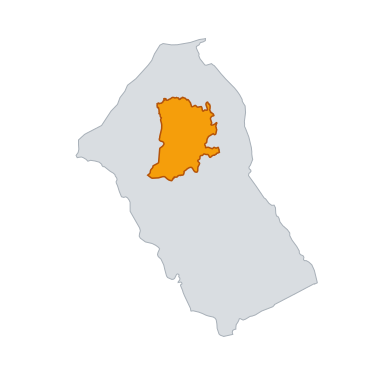 Ashanti highlighted on a map of Ghana, rotated 153°
{"feature_id": "GHA-2158", "entity_name": "Ashanti", "entity_type": "Region", "adm_level": 1, "iso_a3": "GHA", "parent_name": "Ghana", "parent_adm1": "", "projection": "natural_earth1", "projection_center": [-1.65, 6.739], "detail": "fine", "context": "in_parent", "style": "filled", "palette": "amber", "viewbox_px": 384, "rotation_deg": 153, "n_neighbors": 0, "source": "natural_earth", "source_scale": "10m", "svg_char_len": 8469}
<svg xmlns="http://www.w3.org/2000/svg" viewBox="0 0 384 384"><g transform="rotate(153 192 192)"><path d="M229.3,48.9L231.8,51.6L232.4,53.2L231.5,59.1L229.7,63.2L228.5,67.1L228.7,69.0L229.8,70.9L233.6,74.0L235.5,75.9L237.8,78.9L240.5,81.9L245.0,85.7L246.9,86.3L246.8,87.4L246.2,88.9L245.8,103.0L245.5,106.7L245.1,108.5L244.7,113.8L244.3,114.5L243.4,114.5L242.6,114.7L242.4,115.7L242.7,116.8L245.5,117.6L244.9,118.4L242.9,119.1L241.9,120.7L242.3,122.5L241.2,124.0L241.5,125.0L242.3,125.7L243.4,125.4L246.6,123.0L247.9,122.7L249.6,123.2L252.6,126.9L252.8,128.8L251.5,135.0L250.3,139.8L250.1,146.2L251.4,149.8L251.2,151.8L249.8,153.5L246.7,156.0L246.9,157.7L248.4,160.8L251.0,164.3L256.2,168.7L259.0,174.3L259.1,176.6L257.5,178.9L255.6,180.9L255.0,183.8L255.9,202.8L251.8,211.0L251.7,213.4L252.1,216.1L253.2,217.8L255.3,218.2L257.0,219.8L256.5,225.6L255.5,231.5L255.4,234.3L254.9,235.7L253.3,236.8L252.7,238.6L253.1,240.9L252.8,242.6L253.7,244.8L255.5,247.6L258.6,254.4L259.7,254.9L260.2,256.3L259.9,257.7L261.1,260.7L264.4,263.7L268.0,266.3L270.8,266.7L271.5,269.1L273.4,272.1L274.7,273.4L276.9,274.2L278.7,274.7L278.7,277.2L275.5,278.9L273.4,281.5L271.7,285.5L269.5,289.9L261.6,292.1L258.6,292.2L242.4,292.3L227.3,300.9L218.6,303.9L213.3,308.8L206.1,312.2L201.0,316.4L190.6,318.4L173.5,324.9L168.1,327.5L162.7,332.1L153.9,337.4L150.4,337.4L143.5,332.4L138.3,329.9L125.6,326.0L116.1,324.5L111.6,322.9L110.3,322.6L111.4,320.8L114.0,320.7L116.8,321.3L118.9,319.9L122.0,319.7L122.8,318.3L123.0,314.7L123.0,311.8L124.1,310.4L124.4,307.0L122.9,299.4L121.8,298.5L116.3,297.5L115.8,296.0L114.8,294.4L113.8,290.4L112.6,284.6L110.7,277.4L106.9,265.4L106.0,261.2L105.4,256.9L105.3,251.8L106.0,249.9L105.9,247.2L105.6,244.6L108.2,238.5L113.3,231.1L114.4,228.4L115.4,226.6L115.5,223.9L116.4,215.2L118.9,204.8L120.4,200.8L121.5,198.7L122.7,195.2L123.1,193.5L127.8,189.4L130.0,188.3L130.5,186.7L129.7,184.9L130.0,183.7L131.2,183.1L132.9,182.7L134.2,181.0L132.2,168.1L130.6,155.2L130.5,154.1L129.5,152.3L128.6,147.0L127.0,143.9L124.8,143.0L124.8,140.0L127.0,135.1L127.6,132.2L126.6,131.3L126.4,129.1L127.2,125.4L126.8,123.2L126.4,120.8L124.1,115.1L123.5,111.1L124.7,108.8L124.7,103.7L123.4,95.8L123.2,90.8L124.1,88.8L123.7,86.8L122.0,84.9L121.9,83.1L123.3,81.3L123.1,79.9L121.3,78.9L119.7,76.5L118.3,72.7L118.6,66.5L121.3,55.2L121.6,54.2L124.7,54.3L124.7,54.8L134.1,54.7L144.9,54.5L157.9,54.4L169.6,54.3L170.1,53.8L172.1,53.1L183.9,54.3L191.3,53.7L194.5,54.1L196.8,54.8L201.9,54.4L204.6,54.7L206.7,57.5L207.5,57.5L208.7,56.3L210.7,54.9L212.8,53.8L214.3,51.6L215.2,49.9L216.6,50.3L218.5,50.2L219.8,48.8L220.3,46.6L229.3,48.9Z" fill="#d9dde1" stroke="#a8b0b8" stroke-width="1"/><path d="M223.8,227.1L221.6,227.6L220.9,227.9L220.3,228.4L219.6,229.6L218.8,230.3L218.4,230.6L216.4,231.4L216.0,231.6L215.7,231.8L214.9,232.9L214.5,233.0L209.3,233.1L208.7,233.3L208.2,233.7L201.2,245.1L200.9,245.4L200.6,245.6L200.4,245.7L197.6,246.1L196.7,246.5L195.8,247.0L195.4,247.3L195.1,247.6L195.0,248.1L194.9,248.5L194.9,249.1L195.0,249.5L195.4,250.3L195.7,250.6L196.6,251.4L196.9,251.7L197.3,252.5L197.4,253.0L197.4,253.4L197.2,253.7L197.0,254.1L195.9,255.3L195.4,256.2L190.3,262.2L188.6,265.3L188.0,267.1L187.6,269.1L187.5,269.7L187.2,270.6L186.8,271.1L186.5,271.3L185.7,271.9L185.6,272.1L185.9,272.6L185.9,272.8L186.0,273.3L185.8,274.3L185.2,275.4L185.3,275.8L185.3,276.2L185.4,276.3L185.6,276.4L185.7,276.5L185.8,276.7L185.8,277.0L185.7,277.2L185.2,277.3L185.1,277.5L184.7,279.0L184.2,279.9L183.9,280.9L183.9,281.5L183.6,282.3L183.6,282.5L184.2,282.6L184.3,282.7L184.4,282.9L184.4,283.5L183.7,285.1L183.7,285.3L183.5,285.5L183.3,285.7L183.1,286.3L182.8,286.1L182.6,286.1L182.3,286.4L181.9,286.6L181.5,286.5L181.2,285.6L180.5,285.6L180.3,285.6L180.1,285.5L179.8,285.3L178.9,285.0L178.6,285.0L178.4,285.1L178.1,285.3L176.9,285.5L176.6,286.0L176.2,286.1L175.9,286.2L175.4,286.2L175.1,286.3L175.1,287.0L174.9,287.6L174.8,287.8L174.6,287.9L174.4,287.9L173.7,287.5L173.1,287.1L172.9,286.8L172.9,286.6L173.1,286.5L173.4,286.4L173.5,286.3L173.5,286.1L173.4,285.8L173.2,285.6L172.9,285.2L172.7,285.1L172.0,284.9L171.7,284.8L171.1,284.9L170.6,284.9L170.3,285.0L170.0,285.0L169.7,284.9L169.2,284.8L168.8,284.9L167.9,285.0L167.5,285.1L167.2,285.1L166.8,285.2L166.4,285.1L165.2,284.4L165.1,284.1L164.9,283.8L163.8,283.3L163.4,283.3L162.8,283.2L162.7,283.0L162.6,282.8L162.4,282.6L161.6,282.1L161.4,281.9L161.3,281.6L161.3,281.2L161.5,280.8L161.5,280.5L161.4,280.3L160.8,280.1L160.4,280.0L160.1,280.1L159.9,280.4L159.5,280.6L159.0,280.5L158.5,280.2L158.2,280.3L157.8,280.7L157.6,280.7L157.4,280.6L157.0,280.3L156.3,279.2L156.1,279.1L155.9,279.1L155.7,278.9L155.4,278.4L154.9,276.6L154.7,276.2L153.8,276.3L153.6,276.0L153.4,275.4L152.9,271.9L152.9,271.6L153.2,271.2L153.3,271.0L153.3,270.8L153.2,270.1L153.3,269.8L153.5,269.1L153.6,268.7L153.5,268.2L153.0,267.8L151.2,267.7L150.3,267.8L150.0,267.7L149.7,267.6L149.5,267.3L149.3,266.8L149.0,265.8L148.7,265.3L148.4,265.0L148.2,264.9L145.4,264.1L145.0,263.9L144.9,263.7L144.9,262.6L145.7,260.1L145.6,259.6L145.6,259.3L145.5,259.1L145.3,259.0L145.0,258.9L144.6,259.0L143.8,259.3L143.5,259.3L143.3,259.2L142.1,258.4L141.7,258.2L141.3,258.1L141.0,258.2L140.8,258.4L140.5,259.3L140.1,262.5L139.9,263.5L139.6,264.1L138.9,264.8L138.3,265.1L137.8,265.1L137.5,265.1L137.2,264.8L137.3,263.0L137.3,262.8L137.2,262.7L136.7,262.5L136.6,262.4L136.5,262.2L136.6,261.8L136.8,261.5L136.8,261.3L136.7,260.9L137.0,260.2L137.2,259.5L137.6,259.1L137.9,258.4L138.2,258.0L138.5,257.6L138.9,257.2L139.1,256.7L139.1,256.1L138.9,255.7L138.9,255.3L139.2,254.7L139.3,254.5L139.1,254.2L138.6,253.8L138.4,253.7L138.4,253.4L138.3,252.6L138.2,252.4L137.7,252.1L137.6,251.5L137.8,250.2L138.2,250.1L139.2,250.4L139.7,250.4L140.1,250.4L140.5,250.3L141.3,249.9L141.9,249.5L142.2,249.1L142.5,248.2L142.9,245.3L143.0,244.8L143.1,244.6L143.3,244.3L143.8,244.0L144.3,243.6L144.5,243.5L144.5,243.3L144.4,242.9L144.1,242.6L143.4,242.4L142.6,242.2L140.7,242.2L139.3,242.6L138.8,242.7L138.6,242.6L138.7,242.0L138.9,241.8L139.6,241.4L140.0,240.9L140.4,240.4L140.8,240.0L141.0,239.6L141.2,239.2L141.2,238.3L141.6,237.3L141.6,236.8L141.7,236.3L144.2,233.2L144.7,232.8L144.9,232.8L145.2,232.7L145.8,232.8L146.1,233.0L146.5,234.1L146.6,234.3L147.0,234.3L151.8,234.0L152.5,233.7L153.6,233.0L154.7,232.1L155.2,231.4L156.1,230.0L156.5,229.5L156.8,229.4L157.2,229.3L158.0,229.2L158.8,229.0L158.9,228.8L159.0,228.6L159.3,227.7L159.2,226.8L159.3,226.3L159.6,225.7L159.7,225.3L159.6,225.2L157.6,224.7L157.3,224.5L156.9,224.2L155.9,223.0L154.4,221.5L154.3,221.4L153.9,221.4L152.5,221.8L152.3,221.8L152.1,221.7L151.7,221.5L150.9,220.3L150.7,220.2L150.3,220.0L149.3,220.1L148.9,220.0L148.4,219.8L148.4,219.6L148.4,219.1L148.7,218.5L148.7,217.7L148.7,217.2L149.1,216.7L149.2,216.2L149.4,215.8L149.5,215.0L149.8,214.9L150.4,214.9L152.2,215.2L152.8,215.1L153.0,215.0L153.3,214.7L153.6,214.7L154.6,214.7L155.2,214.6L155.4,214.6L155.9,214.9L156.1,215.0L156.5,215.1L158.0,215.0L159.4,214.6L160.0,214.6L160.3,214.8L160.4,215.0L160.5,215.3L160.6,217.3L160.7,217.8L160.9,218.2L161.2,218.4L161.9,218.7L162.7,219.2L163.2,219.7L163.7,220.3L163.9,220.4L164.1,220.5L164.5,220.4L165.6,220.0L166.0,219.9L166.3,219.9L166.9,220.2L167.2,220.3L167.6,220.4L168.2,220.3L168.8,220.0L169.0,219.6L169.6,218.5L170.0,218.0L170.4,217.8L170.9,217.7L171.8,217.6L172.2,217.6L172.6,217.4L172.7,217.1L172.8,216.9L172.5,215.6L172.2,214.5L172.2,214.3L172.3,214.0L172.4,213.8L173.5,212.9L175.1,211.8L175.4,211.5L175.9,210.8L177.2,208.4L177.6,208.0L177.9,207.7L178.3,207.6L178.5,207.5L178.8,207.6L179.2,207.7L179.7,208.1L180.2,208.6L180.4,209.0L180.6,209.9L180.7,210.4L180.8,212.6L180.9,213.1L181.1,213.7L181.3,214.1L181.8,214.5L182.5,214.8L183.4,214.9L184.3,215.0L185.1,214.8L185.9,214.8L186.7,214.5L187.6,214.3L189.0,214.1L189.7,213.9L189.9,213.8L190.0,213.6L190.1,213.1L190.3,212.7L190.6,212.4L191.1,212.1L191.6,211.4L191.8,211.3L192.2,211.3L193.3,211.5L193.5,211.5L193.8,212.0L194.0,212.1L194.3,212.1L195.0,212.0L195.5,212.5L195.9,212.7L196.8,212.7L197.2,212.7L197.4,212.7L197.7,212.4L197.9,212.3L198.7,212.2L199.0,212.3L199.7,212.7L200.6,212.9L200.8,213.0L200.9,213.4L201.1,213.4L201.3,213.3L201.5,213.2L201.9,212.5L202.1,212.4L202.3,212.7L202.6,212.7L202.8,212.7L203.4,212.1L203.7,211.8L204.5,211.5L204.9,211.3L205.2,211.4L205.6,211.7L206.6,212.6L207.3,213.4L208.2,215.1L208.9,217.0L209.3,217.8L209.5,218.1L210.1,218.5L211.3,219.0L215.4,219.8L221.1,222.3L221.3,222.4L222.1,223.5L223.8,227.1Z" fill="#f59e0b" stroke="#b45309" stroke-width="1.5"/></g></svg>